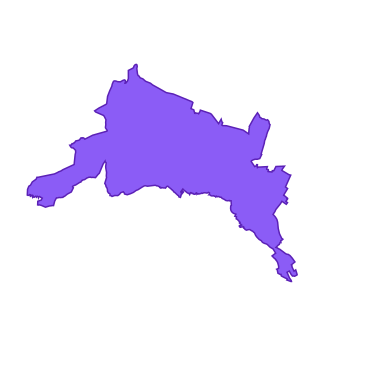 outline of Ciurea, Iasi, Romania, rotated 127°
{"feature_id": "2599482B52104755516417", "entity_name": "Ciurea", "entity_type": "district", "adm_level": 2, "iso_a3": "ROU", "parent_name": "Romania", "parent_adm1": "Iasi", "projection": "robinson", "projection_center": [27.591, 47.068], "detail": "fine", "context": "isolated", "style": "filled", "palette": "violet", "viewbox_px": 384, "rotation_deg": 127, "n_neighbors": 0, "source": "geoboundaries", "source_scale": "gbopen_adm2", "svg_char_len": 6072}
<svg xmlns="http://www.w3.org/2000/svg" viewBox="0 0 384 384"><g transform="rotate(127 192 192)"><path d="M185.8,318.6L186.1,317.1L184.1,308.7L184.5,307.4L186.1,304.2L188.3,302.9L190.2,301.3L192.4,300.1L192.9,299.6L193.8,296.9L194.2,296.5L195.1,296.9L206.4,305.5L214.3,309.4L214.0,311.0L214.5,312.0L215.2,312.2L215.2,312.7L215.5,313.2L216.9,313.3L217.6,313.1L218.9,313.6L221.2,315.6L223.5,315.5L224.2,316.1L225.3,316.2L225.6,316.9L227.8,316.9L228.2,317.2L228.1,317.7L228.2,317.8L228.9,316.2L229.1,315.2L229.0,314.5L228.3,313.3L228.8,310.1L230.3,308.8L232.5,307.8L241.0,302.7L251.8,308.5L254.2,309.4L256.4,310.8L257.1,311.0L260.3,312.7L273.0,323.9L273.5,324.7L275.5,324.2L280.1,325.6L283.7,325.1L285.6,325.8L288.9,324.9L293.6,321.7L293.4,320.9L292.4,320.1L291.8,320.1L291.4,319.4L292.5,318.8L292.7,318.5L291.0,317.9L290.5,317.3L290.8,316.2L291.4,316.2L291.8,316.6L292.2,316.0L291.5,316.0L291.2,314.9L289.4,314.2L289.7,313.1L289.0,313.2L288.4,312.8L288.5,311.7L289.0,311.1L287.8,311.4L287.3,311.1L287.2,310.1L287.4,309.7L287.1,309.2L287.0,307.9L289.3,307.6L292.2,309.6L295.2,307.5L294.8,306.7L294.1,306.1L293.4,304.4L292.3,299.9L288.9,297.4L287.5,295.9L287.1,295.7L286.2,294.4L281.8,296.2L278.3,296.7L277.5,295.7L276.3,294.8L275.9,294.0L273.9,291.8L273.2,291.9L272.7,291.7L272.3,291.2L268.7,290.3L264.6,288.4L260.0,289.3L259.9,290.3L259.7,290.6L259.2,290.7L257.1,289.7L256.6,289.2L251.8,287.4L250.9,286.7L250.4,286.9L248.9,286.8L248.8,286.5L247.9,286.3L246.7,285.2L244.2,284.4L242.4,283.3L241.2,282.0L241.1,281.3L239.9,279.9L238.6,277.7L234.5,277.6L232.8,277.3L223.2,279.8L219.7,280.0L220.2,279.5L220.2,278.5L220.5,278.0L223.6,276.3L224.9,275.1L227.8,272.0L230.9,270.0L231.8,269.0L237.7,266.8L238.3,265.2L239.5,263.8L239.9,262.5L240.8,261.2L242.4,259.8L243.1,258.0L242.8,256.7L243.2,256.0L244.2,255.4L243.6,254.2L243.7,253.2L241.3,251.6L239.5,249.1L237.5,248.5L235.5,248.5L233.2,247.0L233.5,245.6L234.2,244.7L233.2,242.1L230.4,240.1L227.5,238.5L224.5,237.6L222.5,236.4L217.9,234.7L215.7,233.7L215.1,233.1L214.2,231.1L209.1,225.8L208.5,224.9L208.4,224.0L207.9,223.4L207.3,220.9L207.3,220.5L207.8,220.4L207.6,219.1L206.8,218.9L205.6,216.7L204.8,215.9L204.8,215.5L202.8,215.5L202.1,215.0L201.9,214.6L202.1,213.0L202.1,210.7L202.4,209.7L202.2,209.3L202.4,207.8L202.9,206.6L202.7,205.8L203.2,201.3L203.0,200.6L203.8,199.5L203.3,198.0L201.5,198.6L201.3,199.0L197.2,198.8L197.0,199.3L197.0,200.2L199.0,200.4L198.7,200.9L198.5,201.1L195.1,201.1L195.3,200.2L195.5,195.0L195.0,193.6L195.5,192.3L193.4,192.8L193.0,192.2L193.2,191.2L192.6,190.7L192.8,190.0L192.5,189.9L192.6,189.2L192.1,188.3L191.7,188.1L191.0,188.3L190.0,187.9L190.0,187.4L190.7,186.8L190.1,186.7L190.1,185.9L189.4,185.7L189.0,184.8L188.4,184.5L187.9,183.9L187.0,183.6L186.8,182.8L185.5,182.1L184.8,181.2L183.8,179.3L182.8,178.9L182.3,178.5L182.2,177.5L182.9,177.2L183.1,176.8L183.9,176.8L183.6,176.5L183.5,174.4L183.0,173.5L181.9,172.4L182.0,171.7L181.5,171.2L181.7,169.9L180.5,169.8L180.4,168.7L179.5,167.9L179.3,166.4L178.8,165.9L178.6,165.3L179.0,164.2L178.5,161.9L178.4,159.8L177.6,158.3L176.2,156.9L176.1,156.6L176.3,156.4L175.5,155.5L179.0,152.5L179.8,152.7L181.9,151.3L183.1,150.1L183.9,148.5L184.1,146.1L183.3,143.6L185.6,143.2L185.0,141.6L186.8,140.6L186.6,139.3L187.3,135.4L188.2,135.5L188.5,132.5L190.0,133.3L190.3,133.9L190.7,133.8L191.1,133.0L191.2,132.5L190.9,131.9L190.4,131.7L189.4,130.4L188.9,130.2L188.9,129.4L189.7,129.0L189.6,127.8L190.0,127.1L189.9,126.4L189.6,125.4L188.4,124.6L187.2,123.2L187.1,121.1L186.8,120.0L187.0,118.4L186.9,117.7L188.4,115.0L189.0,113.0L189.5,109.8L189.2,107.4L189.8,105.4L189.5,103.5L188.7,101.2L188.6,100.2L189.1,96.5L188.7,93.0L190.5,88.4L194.9,89.6L195.4,86.4L195.3,85.3L195.7,84.0L195.8,84.1L196.3,82.2L197.0,80.9L199.1,78.2L200.7,77.0L201.0,76.9L202.7,77.9L202.8,77.2L205.2,74.4L204.6,71.5L204.3,71.3L205.3,70.1L204.6,65.9L204.1,64.1L204.3,63.3L205.2,63.3L203.9,59.0L203.6,58.7L202.9,59.6L202.1,62.2L198.9,67.8L196.6,66.7L198.0,63.7L198.7,61.2L198.3,60.9L197.5,59.3L195.1,58.2L194.6,58.4L191.8,62.3L193.8,62.9L191.5,67.3L190.9,67.5L190.4,68.8L185.9,67.7L184.5,72.1L183.8,75.4L183.9,77.6L184.7,79.0L184.9,80.3L184.9,87.6L185.3,88.8L185.2,90.0L185.7,91.6L181.5,91.0L181.3,90.7L179.4,91.3L178.9,90.5L177.4,91.8L175.9,91.1L175.0,91.0L175.0,92.5L172.7,97.0L169.3,101.1L164.6,105.4L162.8,107.7L161.8,110.3L161.1,113.8L157.7,114.0L155.6,114.5L148.1,114.3L145.3,114.6L145.1,109.3L143.0,109.3L143.0,111.4L140.0,111.5L140.1,112.2L139.5,112.2L139.3,115.9L139.5,116.8L139.3,116.9L131.7,117.7L131.7,120.4L119.1,123.3L119.8,124.9L120.7,133.2L119.3,133.6L115.7,133.7L121.1,140.3L125.7,139.5L126.0,139.6L126.6,140.7L127.9,140.2L129.9,143.5L129.7,143.8L128.6,144.0L128.2,144.6L128.9,146.0L128.5,146.4L126.4,147.1L132.2,154.0L133.1,154.4L132.4,155.0L132.5,155.2L130.8,156.2L131.2,156.8L132.6,156.5L134.0,157.2L132.0,163.1L131.2,163.3L129.2,162.3L127.8,161.3L126.5,159.5L124.5,158.0L120.1,158.9L120.2,159.6L109.8,163.5L107.2,164.9L105.3,165.3L104.8,165.6L102.2,166.3L101.8,166.7L98.3,167.9L94.8,168.6L91.2,170.2L91.2,170.9L90.3,172.1L89.3,173.1L88.8,175.1L89.7,175.6L90.2,177.2L90.2,178.1L91.5,180.7L91.2,181.7L91.5,182.9L90.3,184.4L89.3,187.4L95.6,187.1L105.3,185.7L105.9,185.0L107.1,184.5L111.5,181.7L111.8,188.4L118.3,204.3L120.6,207.6L120.5,208.5L118.3,209.2L118.4,209.4L117.3,211.3L116.3,212.5L121.4,211.9L118.2,223.3L118.3,224.8L121.6,234.6L122.8,234.1L125.4,233.8L125.3,234.2L126.3,235.6L126.5,236.5L126.8,237.0L127.4,236.9L127.5,237.2L127.2,237.3L126.6,238.4L125.3,240.0L126.0,243.0L120.0,245.1L119.9,246.3L125.0,265.9L128.1,272.3L130.2,288.0L130.1,290.6L131.5,295.7L131.2,299.4L132.0,302.1L131.3,304.1L131.4,305.2L130.5,306.6L126.6,310.4L124.7,311.3L123.6,312.5L123.5,313.1L124.3,313.9L125.2,314.1L126.5,314.1L127.4,313.7L128.6,313.7L133.2,316.0L139.7,311.1L142.2,310.3L144.9,310.4L145.4,311.0L143.7,311.6L143.1,312.3L143.0,313.2L144.1,314.2L147.1,315.5L148.7,317.9L149.0,319.1L149.7,320.5L150.5,321.2L151.0,321.3L153.9,320.6L155.8,319.7L160.8,318.6L166.4,317.0L172.8,313.3L173.7,313.4L180.8,316.8L185.8,318.6Z" fill="#8b5cf6" stroke="#5b21b6" stroke-width="1.5"/></g></svg>